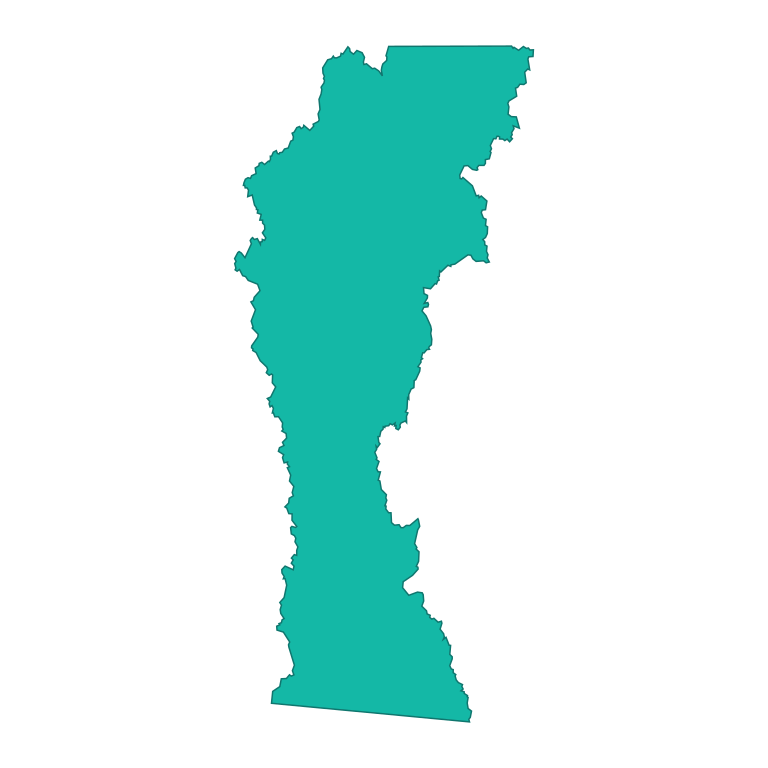 outline of São Félix do Xingu, Pará, Brazil
{"feature_id": "56859067B65108742349990", "entity_name": "São Félix do Xingu", "entity_type": "district", "adm_level": 2, "iso_a3": "BRA", "parent_name": "Brazil", "parent_adm1": "Pará", "projection": "equal_earth", "projection_center": [-52.202, -7.461], "detail": "fine", "context": "isolated", "style": "filled", "palette": "teal", "viewbox_px": 768, "rotation_deg": 0, "n_neighbors": 0, "source": "geoboundaries", "source_scale": "gbopen_adm2", "svg_char_len": 6060}
<svg xmlns="http://www.w3.org/2000/svg" viewBox="0 0 768 768"><path d="M271.5,703.3L469.5,721.9L468.8,719.4L470.3,717.3L471.5,711.1L468.1,708.5L467.2,703.0L468.1,697.4L467.1,696.7L467.5,695.6L464.3,693.5L464.1,691.7L461.0,690.8L463.1,689.0L461.8,686.4L462.5,684.6L458.4,682.6L456.2,679.9L455.1,675.9L455.8,674.6L453.2,672.7L453.2,669.6L451.3,669.0L449.7,665.7L452.2,658.9L452.2,656.8L449.8,654.4L450.6,645.4L449.1,645.2L446.0,637.3L443.3,639.4L444.3,637.0L443.6,633.7L440.1,629.2L441.9,623.2L441.4,621.2L438.1,622.2L433.9,618.3L431.8,619.1L429.7,617.4L430.2,615.3L427.1,613.9L426.5,610.8L421.8,606.2L423.7,601.0L423.2,594.7L422.2,592.8L417.5,592.1L408.8,595.3L402.6,587.7L403.2,581.7L412.6,575.3L418.1,569.1L417.9,567.2L416.3,566.4L418.6,561.3L419.0,551.8L416.1,549.0L416.9,547.5L414.6,543.7L417.7,529.9L419.7,526.3L418.4,519.8L417.9,518.7L409.8,525.5L406.3,525.4L403.2,527.7L400.9,527.6L399.1,524.7L394.5,525.2L391.5,522.6L391.0,512.8L388.6,512.7L385.8,509.0L386.1,506.1L384.9,505.8L386.8,500.2L385.8,498.0L386.4,494.7L381.3,489.5L379.9,481.0L378.2,480.2L380.4,471.9L378.1,471.8L376.5,468.6L379.0,461.5L376.2,459.4L377.0,457.8L374.8,452.3L376.6,449.4L376.1,446.1L377.3,447.5L380.0,443.8L378.8,442.4L378.0,436.6L379.7,436.5L380.8,431.3L383.0,429.2L383.3,426.7L384.8,427.5L385.1,426.2L388.7,425.7L390.1,423.7L392.4,424.9L395.1,423.0L394.5,426.0L396.1,425.6L395.8,428.5L398.3,429.8L400.3,427.2L399.9,425.0L401.0,423.0L405.3,421.0L406.6,422.6L406.5,416.1L407.9,412.9L405.4,411.9L407.0,408.9L407.6,397.8L408.8,399.1L408.7,394.6L411.1,389.1L413.9,387.6L414.2,380.6L415.8,379.7L419.7,371.2L420.1,367.9L417.9,366.7L421.0,362.2L420.8,359.9L422.6,358.7L421.4,357.6L422.7,352.8L424.1,352.9L426.8,349.6L429.5,349.3L428.7,347.9L429.3,346.5L431.4,344.8L431.8,339.3L430.7,333.4L431.4,329.7L430.6,325.9L426.1,315.9L422.0,310.9L423.8,307.3L427.9,306.8L428.5,304.4L427.8,302.5L424.2,303.4L427.4,297.9L427.5,295.4L424.0,293.6L423.5,287.6L430.5,288.8L435.1,283.6L436.5,284.0L437.6,280.9L439.1,280.2L438.2,276.9L439.3,276.5L439.6,270.9L440.9,272.0L447.9,265.3L450.8,266.4L451.0,264.8L454.9,264.1L467.9,254.9L470.9,255.2L472.9,258.9L476.1,261.4L483.6,260.8L486.1,262.8L489.3,262.0L487.2,258.0L488.0,254.7L486.5,251.4L487.0,246.1L484.8,244.9L484.7,241.7L482.8,239.5L485.5,237.5L487.3,233.6L487.6,226.8L485.5,225.6L486.1,219.3L483.4,218.1L481.3,212.7L482.2,210.1L485.5,209.7L486.9,201.0L481.2,196.0L479.1,197.7L478.6,195.3L476.2,195.9L472.4,185.8L462.9,177.5L461.6,178.9L460.1,178.5L459.7,175.0L464.1,165.9L467.9,165.6L472.4,169.4L476.7,170.3L477.8,169.7L477.1,167.6L478.8,165.4L484.0,165.4L485.4,163.4L485.4,159.6L489.3,158.8L491.0,152.5L490.1,151.5L491.5,148.8L490.3,145.5L493.6,138.6L495.9,138.8L497.0,136.3L498.3,136.2L499.6,136.9L499.5,139.0L502.9,139.1L504.8,140.6L507.1,139.1L509.6,141.8L512.4,138.7L510.7,137.0L512.2,134.7L511.6,132.7L514.0,128.7L513.2,125.8L519.4,128.2L516.3,116.9L511.2,116.6L508.1,114.2L508.9,106.9L507.8,103.4L509.0,100.9L516.7,96.2L515.5,88.1L517.6,87.4L519.9,84.2L523.8,84.5L526.2,82.8L524.7,72.2L527.7,69.0L529.7,69.9L527.9,59.0L528.7,56.8L533.0,56.5L533.4,49.8L529.9,50.0L528.4,48.0L526.3,48.4L523.4,46.5L518.6,50.3L514.0,47.3L513.1,48.3L511.6,46.1L388.7,46.4L386.0,55.8L386.9,57.0L386.7,60.4L382.8,64.0L381.9,66.9L381.3,70.3L382.4,75.9L378.8,71.0L374.7,68.2L372.3,68.7L366.5,63.8L363.9,64.5L363.4,62.0L364.5,57.3L362.1,52.7L356.9,50.5L353.5,54.2L350.1,51.5L349.6,48.6L347.9,46.8L343.0,54.0L341.1,53.3L340.5,56.2L336.6,57.9L334.4,57.8L333.3,56.1L331.5,58.7L327.7,59.8L322.7,67.9L323.0,73.2L324.4,76.3L323.5,78.6L324.5,80.1L324.0,82.9L321.1,87.2L321.8,89.6L321.1,94.0L319.0,99.3L320.0,109.5L318.1,113.9L319.2,120.0L318.3,121.5L313.1,124.2L313.7,126.2L309.8,130.4L303.8,125.3L303.3,127.3L301.1,128.6L299.6,126.5L296.8,127.6L294.1,132.2L292.1,133.2L293.4,136.7L292.9,140.1L290.7,141.2L288.2,148.0L284.5,149.0L282.3,152.3L279.7,152.7L279.1,154.0L277.4,153.5L276.3,150.6L273.3,152.2L271.6,156.2L270.3,156.2L270.5,159.3L269.3,161.6L268.4,161.1L264.6,164.5L261.8,162.3L259.2,163.4L258.9,165.7L255.2,168.0L256.1,173.6L251.6,175.7L250.5,178.4L248.0,177.7L245.4,179.2L244.0,182.7L243.4,185.4L244.7,185.4L245.2,187.9L247.0,187.8L248.5,190.0L247.7,196.7L252.2,195.0L254.5,205.0L256.5,207.9L256.4,209.5L257.9,209.8L257.3,213.0L261.2,214.4L259.8,220.1L262.6,220.2L262.6,223.1L264.5,225.1L264.8,229.3L262.4,232.8L265.8,237.9L264.6,240.4L262.3,239.4L262.2,241.6L260.5,242.0L260.4,244.3L257.3,238.6L254.3,239.5L252.6,237.6L251.5,238.5L250.2,240.5L251.4,243.8L245.0,257.7L241.3,253.0L239.1,251.6L237.8,252.6L234.6,258.6L236.1,261.4L234.7,263.6L235.9,268.1L235.1,269.8L237.1,271.2L239.5,269.5L242.7,275.7L245.6,276.6L248.2,280.4L257.6,284.2L260.0,290.7L254.2,297.3L253.4,300.7L250.9,301.9L255.5,309.7L251.2,321.1L253.1,327.1L252.2,328.0L258.2,334.3L257.8,337.1L251.7,345.8L251.5,347.8L253.0,348.9L252.7,350.5L256.1,352.5L260.2,360.7L266.8,367.1L267.7,369.7L266.3,372.7L269.2,375.3L271.5,374.0L272.6,374.9L272.3,382.8L275.7,386.9L270.7,397.0L267.3,398.5L269.7,401.3L269.1,403.9L270.1,406.9L272.0,405.6L273.4,408.4L272.3,413.0L273.4,412.9L274.8,416.8L278.5,416.7L282.6,422.9L282.2,427.0L283.2,429.4L281.8,431.0L286.1,433.5L286.6,438.1L282.5,442.3L284.0,445.5L279.5,447.7L278.4,451.3L283.7,454.7L282.5,457.6L284.1,462.9L287.6,462.0L287.3,464.0L289.5,466.7L287.3,467.7L290.7,475.1L289.5,481.0L293.8,486.4L292.2,492.6L293.4,495.8L289.2,498.3L288.7,503.0L284.9,506.9L286.8,508.1L288.8,513.6L292.1,513.9L292.0,520.3L296.8,526.5L295.6,527.5L291.9,526.4L290.6,527.7L291.3,533.9L294.4,535.6L295.8,538.2L295.0,541.8L297.9,546.9L296.7,550.4L296.7,555.4L294.3,554.6L291.4,558.1L293.2,559.9L291.3,563.2L294.0,566.1L293.2,569.8L285.1,566.1L281.8,569.6L282.0,573.0L284.2,576.5L283.3,578.8L285.1,578.6L286.7,585.2L284.1,597.6L279.8,602.5L281.5,605.1L280.2,609.6L280.8,613.5L284.1,618.6L282.1,619.8L281.4,622.7L279.0,623.6L279.8,624.8L276.7,626.2L277.0,630.1L283.4,632.1L289.7,642.0L288.5,644.8L288.9,647.2L294.4,665.2L292.4,670.7L293.9,674.9L291.3,676.1L289.5,674.8L286.4,678.5L281.3,678.8L279.8,686.6L272.7,691.4L271.5,703.3Z" fill="#14b8a6" stroke="#0f766e" stroke-width="1.5"/></svg>